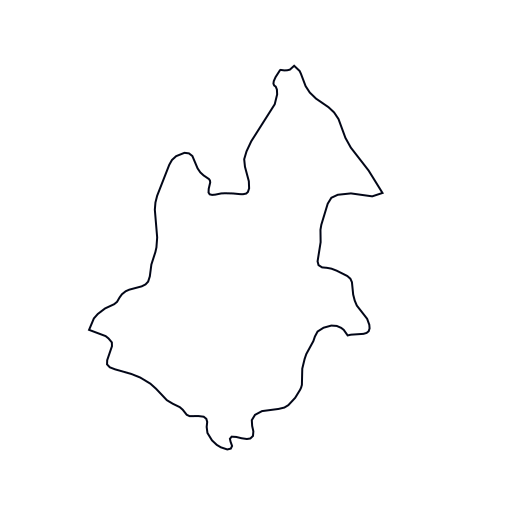 map outline of Bordj Bou Arréridj (Natural Earth projection), rotated 110°
{"feature_id": "DZA-2207", "entity_name": "Bordj Bou Arréridj", "entity_type": "Province", "adm_level": 1, "iso_a3": "DZA", "parent_name": "Algeria", "parent_adm1": "", "projection": "natural_earth1", "projection_center": [4.728, 36.101], "detail": "fine", "context": "isolated", "style": "outline", "palette": "ink", "viewbox_px": 512, "rotation_deg": 110, "n_neighbors": 0, "source": "natural_earth", "source_scale": "10m", "svg_char_len": 2172}
<svg xmlns="http://www.w3.org/2000/svg" viewBox="0 0 512 512"><g transform="rotate(110 256 256)"><path d="M299.3,142.7L295.4,148.3L294.4,151.4L294.1,156.2L295.6,161.4L300.3,168.0L305.9,172.3L311.5,173.1L316.4,173.0L330.9,175.2L336.1,175.1L346.0,174.0L361.4,168.8L364.2,168.6L366.6,168.8L375.9,170.7L385.1,174.6L388.7,177.5L392.0,182.5L399.7,197.3L405.6,202.6L411.7,203.8L417.0,201.5L421.7,198.5L426.1,197.3L429.4,198.9L431.1,202.0L432.2,207.3L432.8,212.7L434.1,217.1L436.7,218.0L439.2,216.4L442.7,213.5L445.6,213.8L447.6,216.8L447.8,223.6L446.9,228.3L444.3,234.3L438.9,241.1L433.5,243.9L428.6,245.1L426.0,247.0L424.9,250.2L426.1,255.4L429.2,263.6L428.9,266.8L425.5,272.3L424.1,275.9L423.3,283.6L422.0,290.4L414.9,304.6L412.1,311.6L409.8,323.3L409.5,332.8L410.7,349.7L410.6,355.3L408.8,358.9L404.8,360.2L390.0,360.5L386.5,361.9L383.9,366.4L382.7,369.9L382.5,387.6L370.1,387.0L364.5,384.8L356.9,379.9L349.8,372.8L346.6,370.9L341.6,370.0L337.8,368.9L333.7,366.4L331.0,363.6L323.6,353.0L320.5,350.1L317.0,348.6L311.5,348.8L299.8,351.4L286.7,351.9L282.0,352.5L272.4,355.2L247.1,366.9L240.1,368.8L233.2,369.5L199.9,368.7L194.5,367.8L189.5,365.2L183.5,358.5L182.5,354.1L183.8,350.0L193.7,340.8L196.5,336.9L198.2,332.8L199.8,326.5L200.8,325.1L202.5,324.2L209.1,323.4L212.6,322.3L213.9,320.6L213.6,318.1L212.3,315.3L209.1,310.1L207.6,306.5L205.1,299.0L203.3,292.0L202.3,289.2L200.7,286.6L198.6,285.5L194.8,285.6L188.2,288.3L175.9,296.9L169.1,300.2L160.9,300.7L149.8,299.7L107.0,290.3L96.9,291.4L92.4,293.3L90.1,295.4L89.6,297.1L89.2,297.6L88.0,298.6L85.6,299.1L81.2,298.8L73.2,297.0L72.7,296.5L71.9,292.8L70.8,290.2L69.3,287.9L64.2,285.2L67.2,278.3L69.4,276.1L79.4,267.5L84.0,261.4L87.6,253.4L91.4,238.7L94.4,231.7L99.1,225.3L114.4,212.4L121.7,204.0L137.2,179.4L153.5,158.7L160.2,167.2L164.7,188.2L170.5,200.1L175.5,205.1L182.3,206.5L204.3,205.3L209.3,204.4L220.9,200.0L240.0,196.3L243.2,194.1L244.1,190.0L242.9,185.5L242.1,180.8L242.2,175.2L243.6,163.3L245.1,159.5L247.8,156.9L259.0,151.5L264.1,148.0L268.1,144.3L277.0,130.1L281.9,126.0L285.2,124.5L288.2,124.4L290.5,125.8L292.4,128.4L297.3,139.5L297.9,140.6L299.3,142.7Z" fill="none" stroke="#020617" stroke-width="2"/></g></svg>